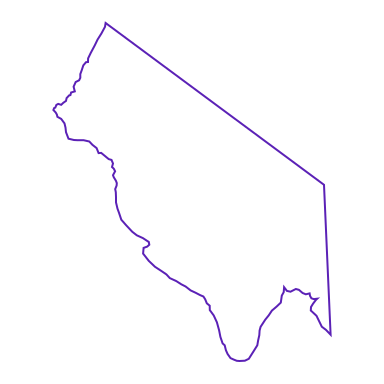 Ngchemesed, Palau (Robinson projection)
{"feature_id": "81905179B10873583367862", "entity_name": "Ngchemesed", "entity_type": "district", "adm_level": 2, "iso_a3": "PLW", "parent_name": "Palau", "parent_adm1": "", "projection": "robinson", "projection_center": [134.501, 7.511], "detail": "fine", "context": "isolated", "style": "outline", "palette": "violet", "viewbox_px": 384, "rotation_deg": 0, "n_neighbors": 0, "source": "geoboundaries", "source_scale": "gbopen_adm2", "svg_char_len": 1721}
<svg xmlns="http://www.w3.org/2000/svg" viewBox="0 0 384 384"><path d="M324.0,184.8L105.6,23.0L105.0,26.8L101.4,33.5L97.6,39.5L94.7,45.5L90.7,53.0L88.1,58.4L88.0,62.0L86.0,62.2L83.3,65.4L81.8,70.0L80.3,74.1L80.3,77.8L79.1,80.3L75.7,82.0L73.6,86.7L74.8,91.4L71.1,92.5L70.4,95.1L69.1,95.4L66.6,98.1L66.0,100.9L63.3,102.8L61.2,104.8L58.2,103.9L56.4,104.9L55.3,107.6L54.1,108.1L53.4,110.0L55.7,112.5L56.9,114.6L57.4,116.8L61.2,118.9L64.5,123.4L65.5,127.6L66.0,132.2L68.5,138.7L73.9,140.0L77.4,140.2L83.6,140.2L89.3,141.5L92.4,144.8L96.6,148.1L98.6,153.1L101.2,152.9L108.7,159.1L111.5,159.9L113.0,163.5L112.0,167.0L113.8,168.7L115.1,171.3L114.0,173.3L113.0,175.2L113.8,177.3L115.9,180.7L116.8,183.1L116.6,185.6L115.2,189.1L115.8,192.2L116.0,197.2L116.0,202.4L117.5,208.7L119.0,212.8L121.3,219.7L126.2,225.3L132.3,231.8L136.8,235.3L142.9,238.1L148.8,242.0L149.3,244.7L147.2,246.6L143.6,247.9L143.1,253.6L148.8,260.9L155.0,266.8L161.1,270.8L166.4,274.4L169.8,278.1L176.3,281.1L181.3,284.3L185.6,286.5L190.6,290.4L195.7,292.8L200.1,295.1L203.4,296.5L205.2,299.3L206.8,303.3L209.7,305.7L209.8,310.1L213.7,315.4L216.9,322.3L219.1,330.3L220.4,336.9L222.6,343.4L224.7,345.3L225.9,350.2L227.6,354.0L230.5,358.1L233.8,359.6L236.8,360.8L239.4,361.0L244.9,360.7L248.8,358.8L254.0,350.6L257.3,345.3L258.1,340.6L259.3,335.2L259.6,330.5L260.6,326.8L265.3,319.6L268.7,315.4L271.9,310.6L276.6,306.6L280.8,302.6L281.8,295.6L283.7,292.2L284.1,287.2L286.9,290.9L290.5,291.7L295.8,289.0L299.0,289.9L302.6,293.0L305.8,294.3L309.6,293.4L310.0,295.8L311.4,298.3L313.8,299.1L317.2,298.7L316.0,299.8L313.1,303.6L311.0,307.0L310.8,310.5L316.5,315.8L321.8,326.7L326.0,329.9L330.6,334.7L324.0,184.8Z" fill="none" stroke="#5b21b6" stroke-width="2"/></svg>